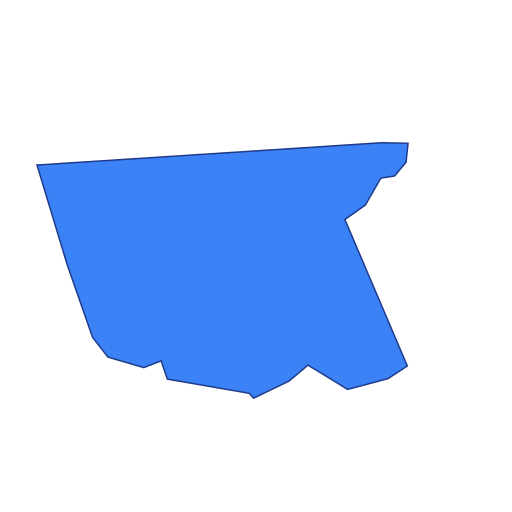 outline of Nottoway, Virginia, United States of America, rotated 340°
{"feature_id": "52423323B59431462961451", "entity_name": "Nottoway", "entity_type": "district", "adm_level": 2, "iso_a3": "USA", "parent_name": "United States of America", "parent_adm1": "Virginia", "projection": "mercator", "projection_center": [-78.009, 37.14], "detail": "fine", "context": "isolated", "style": "filled", "palette": "blue", "viewbox_px": 512, "rotation_deg": 340, "n_neighbors": 0, "source": "geoboundaries", "source_scale": "gbopen_adm2", "svg_char_len": 430}
<svg xmlns="http://www.w3.org/2000/svg" viewBox="0 0 512 512"><g transform="rotate(340 256 256)"><path d="M360.6,411.1L352.0,252.1L376.3,245.5L399.9,225.5L413.6,228.2L429.1,219.2L437.4,202.1L412.7,192.5L81.3,95.6L75.6,199.8L74.6,276.5L82.3,300.4L112.4,322.5L131.0,322.1L130.6,341.4L202.8,382.8L205.1,388.8L244.4,384.8L267.5,376.3L296.5,412.7L337.9,416.4L360.6,411.1Z" fill="#3b82f6" stroke="#1e3a8a" stroke-width="1.5"/></g></svg>